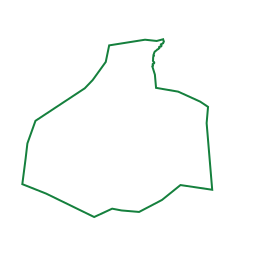 Bayanmo'nx, Hentiy, Mongolia (Mercator projection), rotated 102°
{"feature_id": "93677404B71590009597978", "entity_name": "Bayanmo'nx", "entity_type": "district", "adm_level": 2, "iso_a3": "MNG", "parent_name": "Mongolia", "parent_adm1": "Hentiy", "projection": "mercator", "projection_center": [109.403, 46.914], "detail": "fine", "context": "isolated", "style": "outline", "palette": "green", "viewbox_px": 256, "rotation_deg": 102, "n_neighbors": 0, "source": "geoboundaries", "source_scale": "gbopen_adm2", "svg_char_len": 1436}
<svg xmlns="http://www.w3.org/2000/svg" viewBox="0 0 256 256"><g transform="rotate(102 128 128)"><path d="M207.8,99.7L191.3,79.8L172.9,64.8L170.9,32.8L106.9,52.1L90.7,54.1L87.2,62.9L82.0,86.5L82.9,108.9L70.2,112.8L62.7,117.0L62.4,116.6L62.1,116.5L61.8,116.6L61.5,116.6L61.2,116.9L60.9,117.0L60.6,117.1L60.2,117.1L60.0,116.9L59.8,116.7L59.5,116.1L59.2,115.9L58.7,115.9L58.4,116.0L58.1,116.3L57.9,116.6L57.6,117.2L57.3,117.4L57.0,117.6L56.6,117.6L55.8,117.7L54.8,117.9L54.0,118.0L53.6,118.1L53.3,118.1L53.1,118.1L52.8,118.1L52.6,118.0L52.4,117.8L52.2,117.7L51.9,117.7L51.9,117.9L51.9,118.0L51.6,118.3L51.3,118.3L50.9,118.2L50.0,118.1L49.2,118.0L48.4,117.9L47.8,117.7L47.4,117.4L46.9,117.0L46.5,116.6L45.9,116.1L45.4,115.9L45.0,115.5L44.7,115.0L44.5,114.8L44.1,114.6L43.8,114.4L43.5,114.0L43.3,114.0L43.1,114.0L42.9,114.1L42.6,114.2L42.4,114.4L42.1,114.3L41.9,114.1L41.8,113.9L41.8,113.5L41.7,113.3L41.5,112.8L41.3,112.6L41.1,112.4L40.8,112.4L40.5,112.4L40.3,112.4L40.0,112.6L39.8,112.9L39.6,113.2L39.4,113.2L39.2,113.1L39.1,112.8L38.7,112.3L38.4,112.0L38.1,111.8L37.9,111.5L37.8,111.3L37.6,111.3L37.3,111.2L36.9,111.2L36.6,111.1L36.4,111.0L36.2,110.9L35.9,110.9L35.7,111.0L35.1,111.5L34.5,111.8L33.9,112.1L36.9,118.0L38.1,129.7L51.1,163.6L68.0,163.5L88.4,172.5L98.1,178.5L140.2,220.0L164.0,223.2L179.0,221.8L204.9,219.7L209.2,194.4L222.1,142.6L210.2,126.7L210.0,117.2L207.8,99.7Z" fill="none" stroke="#15803d" stroke-width="2"/></g></svg>